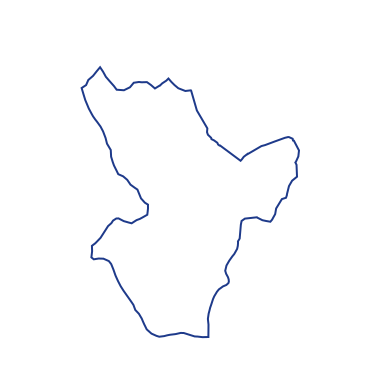 the district of Jabal Eyal Yazid, Amran, Yemen, rotated 345°
{"feature_id": "15242507B22949154068881", "entity_name": "Jabal Eyal Yazid", "entity_type": "district", "adm_level": 2, "iso_a3": "YEM", "parent_name": "Yemen", "parent_adm1": "Amran", "projection": "robinson", "projection_center": [43.88, 15.77], "detail": "fine", "context": "isolated", "style": "outline", "palette": "blue", "viewbox_px": 384, "rotation_deg": 345, "n_neighbors": 0, "source": "geoboundaries", "source_scale": "gbopen_adm2", "svg_char_len": 2587}
<svg xmlns="http://www.w3.org/2000/svg" viewBox="0 0 384 384"><g transform="rotate(345 192 192)"><path d="M198.6,76.3L196.0,77.8L191.2,79.4L191.1,79.5L190.7,79.7L189.5,80.4L188.8,80.7L188.5,80.9L188.4,80.8L183.0,82.4L180.1,78.1L176.9,74.2L171.8,73.0L169.2,72.0L164.0,71.4L159.2,74.8L156.1,75.4L152.6,76.1L145.7,73.7L144.0,69.4L141.2,63.8L139.9,61.1L138.6,58.4L137.2,52.7L135.5,47.7L131.5,50.5L126.5,54.2L125.9,54.5L122.0,56.4L120.8,57.0L117.4,61.3L112.3,63.0L112.5,69.9L112.7,75.6L113.5,81.5L113.9,84.6L115.2,90.2L116.0,93.3L117.3,96.9L118.5,99.7L120.6,105.2L121.8,110.5L122.5,117.5L122.4,123.3L124.4,130.4L123.0,137.0L123.2,142.6L123.5,146.2L124.6,151.6L125.4,155.7L129.5,159.0L131.1,161.3L132.6,163.5L134.5,169.0L137.9,173.2L139.8,175.4L139.9,175.5L141.1,185.0L143.7,190.1L146.2,192.8L145.2,196.6L144.1,199.5L142.9,202.4L137.5,203.8L134.6,204.5L131.2,204.8L125.6,206.6L122.6,204.9L121.3,204.1L118.6,202.5L114.2,198.5L112.0,198.0L108.3,199.2L106.1,201.2L102.1,203.2L91.8,212.6L85.5,216.4L81.4,218.1L80.2,223.3L79.1,226.1L77.9,229.1L79.7,231.6L84.6,232.1L89.2,233.5L93.8,237.2L95.3,240.7L96.0,246.3L96.5,252.9L97.0,256.0L97.5,259.0L98.7,264.5L100.3,269.6L102.2,274.8L104.2,280.2L105.2,283.0L106.2,285.9L106.7,291.3L109.2,295.9L110.7,301.3L111.1,304.3L111.6,307.4L112.5,311.9L112.7,313.0L116.2,318.3L120.5,321.8L122.9,323.3L127.8,324.0L130.8,324.0L133.8,324.2L136.6,324.6L139.4,325.0L144.6,325.2L147.6,326.1L152.0,328.9L157.2,332.2L160.0,333.1L164.5,334.9L170.3,336.3L170.7,334.8L173.6,324.4L174.5,318.7L176.6,313.8L178.1,311.2L179.5,308.6L181.4,305.8L184.5,301.0L186.4,298.6L190.3,294.8L192.8,293.0L194.7,292.3L197.5,291.2L201.1,290.7L203.6,289.4L204.4,288.1L204.8,285.9L204.7,283.6L203.8,279.8L203.7,276.7L206.3,271.9L210.2,268.0L214.3,264.6L216.7,262.9L220.9,258.6L222.3,255.9L223.3,253.1L223.6,251.6L226.0,249.3L230.7,236.3L232.4,232.8L236.2,231.4L248.0,233.2L248.0,233.3L252.1,236.9L252.6,237.4L256.1,239.2L260.0,241.0L262.4,239.3L263.0,238.6L266.6,234.9L269.0,229.7L277.0,222.1L281.3,221.9L282.9,219.5L283.1,218.8L287.2,211.4L291.6,207.0L297.4,204.4L300.0,192.8L299.5,190.2L300.2,189.7L303.9,185.2L306.1,179.6L305.6,177.3L303.7,168.8L302.9,168.4L303.0,166.6L299.9,164.1L299.1,163.8L295.8,163.7L285.2,164.6L274.8,165.6L271.2,165.6L270.6,165.7L255.2,169.9L255.2,169.7L254.7,169.9L251.1,171.4L248.6,173.4L247.0,174.4L231.1,154.3L230.6,154.3L229.5,152.9L229.2,151.0L226.6,147.8L224.5,146.0L224.5,144.6L222.2,140.8L222.0,138.1L223.3,134.5L217.8,114.5L217.4,94.0L217.2,93.5L211.7,92.7L205.6,88.2L202.8,84.2L200.6,80.4L198.6,76.3Z" fill="none" stroke="#1e3a8a" stroke-width="2"/></g></svg>